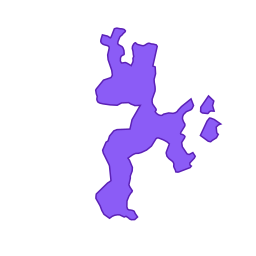 SVG path tracing the border of Solothurn, rotated 127°
{"feature_id": "CHE-3426", "entity_name": "Solothurn", "entity_type": "Canton", "adm_level": 1, "iso_a3": "CHE", "parent_name": "Switzerland", "parent_adm1": "", "projection": "mercator", "projection_center": [7.597, 47.288], "detail": "fine", "context": "isolated", "style": "filled", "palette": "violet", "viewbox_px": 256, "rotation_deg": 127, "n_neighbors": 0, "source": "natural_earth", "source_scale": "10m", "svg_char_len": 3188}
<svg xmlns="http://www.w3.org/2000/svg" viewBox="0 0 256 256"><g transform="rotate(127 128 128)"><path d="M96.6,116.3L98.6,116.1L99.0,115.1L99.2,113.2L99.1,111.6L98.6,110.1L98.0,109.1L97.3,108.4L95.5,107.9L91.5,104.6L89.2,100.8L87.2,99.3L85.2,98.6L83.4,98.7L78.7,98.2L66.8,95.2L70.6,89.2L73.9,88.5L75.7,88.8L79.8,91.2L83.8,91.8L86.1,91.2L87.9,90.0L89.0,88.4L89.9,86.8L90.6,85.0L91.5,84.2L92.5,83.8L99.5,83.2L100.7,82.8L101.1,82.1L100.5,80.9L100.2,79.5L100.4,77.5L101.7,76.9L107.3,76.4L110.3,73.3L113.1,65.4L112.9,64.5L112.3,63.2L108.6,61.4L110.1,57.3L112.1,56.9L118.7,57.6L119.7,56.9L120.3,56.0L120.3,54.5L122.3,54.6L132.7,61.1L133.5,62.0L134.3,63.4L133.1,64.9L132.0,67.1L131.3,68.2L130.3,69.0L129.3,69.6L128.7,70.3L128.2,71.2L127.9,72.3L127.8,76.9L127.1,79.9L125.0,82.5L123.9,83.0L118.1,84.7L115.8,85.4L115.6,88.4L115.9,91.0L116.3,93.1L117.6,97.7L118.4,98.7L119.7,99.2L128.3,98.4L134.4,99.9L139.5,102.6L141.9,104.4L143.7,106.6L145.4,107.6L146.9,108.3L152.1,109.9L152.9,107.4L156.8,100.8L159.8,98.8L164.9,97.3L166.7,95.9L172.7,93.2L173.3,92.3L174.1,90.7L175.5,86.8L176.7,86.4L178.6,86.6L181.8,86.3L186.9,84.9L191.6,81.5L193.0,79.6L192.8,77.9L192.0,76.6L191.3,75.2L190.9,73.9L190.8,73.0L192.0,70.7L193.3,66.8L197.1,67.5L199.2,70.1L199.6,71.3L199.7,72.4L199.5,73.2L199.7,76.4L201.4,77.5L202.4,82.4L203.6,84.1L205.7,86.1L208.1,87.5L211.2,88.4L211.4,95.2L209.6,99.3L206.9,103.5L203.5,111.3L201.6,112.6L199.8,113.6L184.2,111.2L182.1,110.4L180.3,109.9L169.5,119.9L168.8,120.9L162.9,132.6L161.0,134.9L152.6,137.0L150.3,136.2L145.5,137.9L138.8,137.6L135.9,135.8L127.7,125.8L118.9,129.8L102.5,131.8L106.0,136.0L106.3,137.4L107.1,140.0L107.3,142.7L111.8,148.2L116.3,150.3L120.2,156.1L123.7,162.4L125.0,165.3L125.4,167.4L125.0,168.5L124.3,169.7L123.5,170.4L121.3,171.6L119.8,173.9L117.2,176.6L115.7,176.8L104.5,176.4L97.9,171.9L95.2,172.3L91.8,175.6L85.4,185.0L81.9,188.2L75.3,191.2L74.5,192.3L74.5,193.8L75.8,197.0L76.2,198.7L76.0,200.8L75.1,202.0L73.5,202.9L69.0,204.5L66.9,199.6L66.7,196.4L66.2,196.2L64.1,196.6L57.1,198.6L56.3,198.2L54.9,197.0L53.4,193.9L52.5,192.6L51.9,191.2L51.6,190.1L52.0,188.5L52.8,188.2L55.5,188.7L57.1,188.7L59.6,189.3L60.7,189.2L65.1,188.0L66.9,186.9L67.1,185.2L66.6,181.8L67.1,180.1L68.6,177.8L71.3,175.5L72.1,175.5L73.3,176.2L74.8,176.6L76.5,176.2L79.1,174.4L80.0,172.5L79.1,171.2L78.0,170.3L77.2,169.3L76.8,167.6L76.3,163.0L72.5,163.8L71.2,164.4L69.4,166.0L67.4,166.5L66.0,168.1L63.8,170.1L61.9,172.5L60.0,173.6L57.4,174.0L55.9,173.7L55.4,173.3L55.5,172.5L55.6,171.7L55.5,170.6L53.8,166.5L53.2,165.4L52.0,164.5L49.3,163.5L48.1,162.8L47.4,161.8L46.7,159.7L45.8,158.4L44.6,155.5L45.2,153.8L63.5,145.5L62.9,143.0L68.1,138.6L73.5,136.4L75.8,134.4L78.6,131.4L80.6,129.7L82.3,128.6L90.3,126.1L92.6,124.5L94.1,122.7L95.9,117.2L96.6,116.3ZM74.2,58.1L77.9,54.7L78.4,54.1L78.7,53.1L78.7,52.1L82.6,51.5L87.3,53.3L89.2,53.7L89.9,55.0L90.3,56.1L90.4,65.7L74.9,69.0L71.0,68.9L70.4,68.0L70.1,67.2L69.3,64.3L69.0,56.3L71.0,57.6L74.2,58.1ZM54.8,75.7L59.3,73.9L62.7,69.3L62.8,69.4L64.0,71.3L64.3,71.7L64.9,72.3L65.6,72.6L66.2,72.8L67.8,72.8L68.4,73.0L68.9,73.7L71.2,77.6L71.3,78.6L71.2,79.9L67.6,82.4L53.9,83.0L54.8,75.7Z" fill="#8b5cf6" stroke="#5b21b6" stroke-width="1.5"/></g></svg>